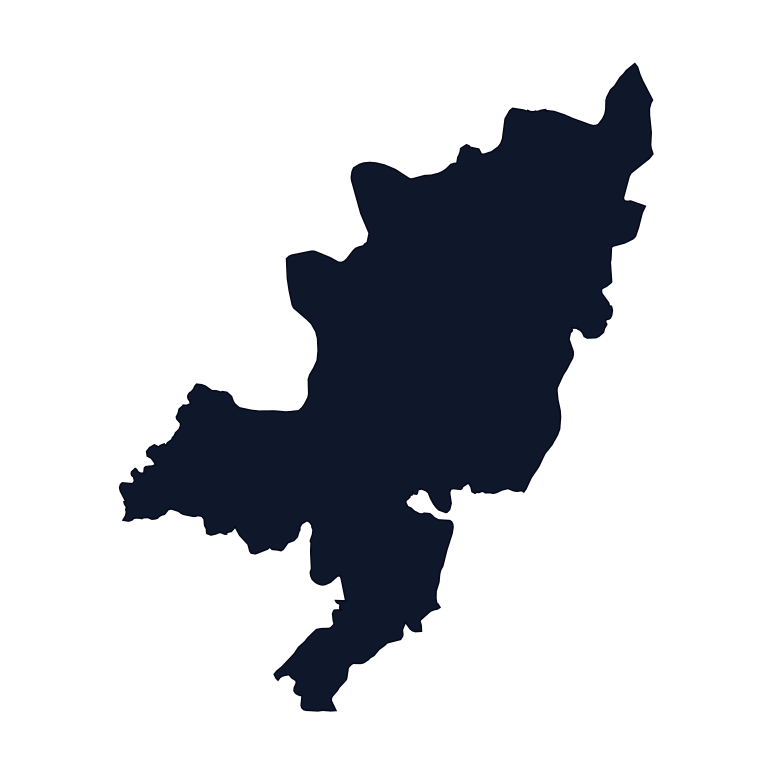 Oubritenga, Oubritenga, Burkina Faso (Albers equal-area conic projection), rotated 92°
{"feature_id": "67063806B42476727458569", "entity_name": "Oubritenga", "entity_type": "district", "adm_level": 2, "iso_a3": "BFA", "parent_name": "Burkina Faso", "parent_adm1": "Oubritenga", "projection": "albers", "projection_center": [-1.222, 12.597], "detail": "fine", "context": "isolated", "style": "filled", "palette": "ink", "viewbox_px": 768, "rotation_deg": 92, "n_neighbors": 0, "source": "geoboundaries", "source_scale": "gbopen_adm2", "svg_char_len": 6156}
<svg xmlns="http://www.w3.org/2000/svg" viewBox="0 0 768 768"><g transform="rotate(92 384 384)"><path d="M529.2,640.1L529.9,634.9L529.5,632.9L528.5,630.9L527.0,629.4L526.5,627.0L526.6,622.3L527.0,621.5L526.0,619.7L525.7,615.2L527.2,611.3L526.8,608.0L526.0,605.7L524.1,604.0L522.6,601.3L521.9,598.8L516.9,595.1L516.3,592.0L518.4,584.7L520.3,582.2L521.3,579.6L522.9,570.0L522.8,567.8L522.0,565.6L522.3,562.5L522.9,561.1L525.2,559.1L531.7,558.3L535.1,556.4L539.5,556.0L541.0,551.7L539.7,546.9L538.3,543.9L538.1,541.9L539.6,538.0L539.5,536.0L537.8,535.8L536.7,531.4L532.1,527.7L540.1,523.1L549.0,514.3L555.6,512.3L557.7,510.8L558.2,506.5L553.0,494.5L550.9,492.4L553.2,490.1L553.5,484.7L554.2,481.1L552.8,479.0L546.0,474.5L543.6,468.7L539.9,465.3L534.0,463.8L533.3,463.1L529.8,463.0L526.5,461.2L523.3,456.2L524.5,453.7L527.4,451.3L530.0,450.9L532.1,449.8L536.7,450.2L543.4,452.2L545.4,451.3L554.0,451.4L571.0,450.0L574.9,451.1L578.6,450.4L581.9,448.8L584.7,445.5L586.2,442.4L587.0,439.0L586.6,436.0L584.0,430.6L577.6,423.9L577.3,422.4L577.7,420.9L579.8,420.0L602.1,414.7L602.1,424.9L603.6,424.1L604.6,422.9L605.7,420.1L609.5,420.5L611.2,418.9L611.7,425.7L612.7,426.5L615.4,427.4L622.3,426.4L625.7,425.4L629.3,428.5L630.2,430.4L630.7,438.2L631.7,442.9L640.3,451.2L644.3,454.1L650.2,460.3L656.1,463.8L658.2,465.5L670.1,476.0L674.7,481.2L678.0,483.6L681.7,481.7L683.7,479.6L681.0,477.7L679.7,476.0L678.6,473.1L677.8,468.7L681.0,465.9L683.3,461.8L685.7,461.1L690.8,463.1L693.9,463.2L695.7,462.0L697.2,459.8L698.1,457.4L698.4,455.0L707.8,455.6L710.4,454.9L712.3,452.8L712.8,450.0L713.0,438.6L712.2,433.8L712.5,425.8L712.0,420.6L702.7,425.5L700.0,425.7L697.9,424.8L692.1,420.1L688.7,418.2L681.6,412.0L680.0,411.1L669.4,409.9L667.9,409.3L665.7,407.2L664.2,405.2L664.1,397.9L663.6,395.5L662.8,393.9L660.2,390.3L658.0,388.2L655.5,384.4L649.5,379.8L645.2,374.3L642.6,371.9L638.7,358.5L635.6,356.7L633.4,356.4L629.2,357.1L621.4,354.3L627.8,349.3L629.6,347.0L630.4,344.0L629.8,337.9L624.0,338.4L619.6,339.7L618.6,339.3L609.5,329.8L607.7,325.8L607.1,322.9L605.3,320.2L602.0,322.4L602.0,323.4L596.7,324.6L589.3,324.7L580.0,322.2L572.3,321.8L568.2,321.0L563.9,318.9L547.5,315.4L530.8,310.7L524.6,310.0L521.8,310.4L519.5,311.5L518.2,313.5L517.9,325.0L515.5,329.7L514.1,330.8L512.0,333.6L511.7,339.3L512.7,341.6L512.4,344.1L510.0,349.3L507.0,352.7L505.8,356.0L502.0,358.0L500.6,358.2L498.7,357.5L498.7,356.6L496.0,354.1L494.3,354.2L493.9,352.1L491.3,351.4L492.7,350.4L493.0,347.6L491.9,346.8L488.6,346.4L487.6,342.9L489.0,338.6L491.2,335.8L496.6,333.5L502.2,330.2L505.3,327.7L507.9,324.9L510.3,317.6L509.9,316.5L507.2,314.0L500.9,312.7L491.3,314.5L489.8,314.6L486.8,313.5L486.1,311.5L486.6,303.6L485.8,302.5L483.8,301.7L480.0,296.1L483.8,293.5L488.5,292.3L490.1,289.2L489.0,288.0L489.1,285.2L487.8,282.4L488.1,280.7L489.2,278.9L488.9,274.5L489.4,271.0L488.7,268.2L485.6,262.0L484.1,256.5L486.1,250.9L486.6,247.5L485.8,243.1L486.2,241.7L487.1,240.6L483.8,238.4L472.6,233.7L461.1,226.5L447.9,220.8L438.6,213.9L428.6,208.8L422.8,206.9L410.9,206.4L404.3,207.1L393.7,209.7L384.9,210.9L381.8,210.9L368.3,205.2L363.1,202.1L351.2,196.4L348.3,195.9L344.8,196.1L332.8,200.7L326.4,199.6L324.2,197.6L321.5,198.3L321.5,193.2L322.4,192.2L323.3,189.9L325.9,187.3L329.5,185.6L331.0,182.6L330.3,173.6L328.8,170.9L324.7,166.5L320.6,165.5L316.6,163.4L314.1,164.8L312.0,164.3L311.1,161.2L310.3,160.1L307.1,158.8L302.3,158.3L298.4,159.4L297.9,161.5L295.1,162.3L286.0,169.4L283.7,170.0L281.2,169.7L278.3,164.6L274.7,160.5L273.8,160.1L254.4,162.1L251.5,161.6L239.9,161.5L238.9,160.9L238.1,159.7L234.7,148.6L232.0,143.4L230.0,139.9L227.5,137.8L218.9,135.2L203.8,131.9L197.2,129.0L192.5,143.9L193.0,146.8L192.7,149.5L192.0,150.4L189.8,151.3L167.8,146.2L164.4,144.4L149.3,126.7L144.7,123.3L139.0,125.3L135.7,125.9L123.4,125.7L105.9,128.1L99.5,128.4L93.6,127.0L90.9,125.5L71.9,136.2L65.7,139.1L58.6,141.6L55.0,144.5L62.2,152.7L66.2,155.6L69.4,158.7L78.0,163.8L82.1,167.8L89.6,171.3L92.8,172.0L101.9,171.9L106.3,172.6L111.2,174.6L117.2,178.9L118.2,181.3L118.5,184.0L117.9,186.9L112.2,204.6L108.9,212.8L105.7,223.6L105.1,231.9L104.1,232.0L104.9,236.2L106.4,240.5L106.0,242.2L106.6,243.5L106.7,246.9L105.6,249.9L106.5,249.9L105.3,254.3L104.0,265.1L106.5,267.9L114.7,272.2L134.8,274.1L139.7,275.7L143.0,278.0L148.1,284.4L150.8,291.8L151.0,294.6L145.9,297.5L144.4,306.2L143.1,307.1L142.0,309.9L146.0,315.6L149.1,315.9L152.9,317.1L154.7,318.1L160.9,318.9L161.2,322.1L161.8,322.9L162.0,324.6L166.9,329.2L169.7,332.9L171.7,337.1L173.8,344.4L174.3,350.6L178.2,363.5L178.0,365.6L169.2,380.4L165.1,391.3L163.4,399.9L163.1,406.0L163.9,412.1L165.5,416.4L169.1,421.9L172.9,423.3L178.5,423.9L181.8,423.4L214.4,413.1L233.8,404.1L243.1,405.7L244.6,407.9L246.7,409.5L248.0,413.9L249.5,417.2L252.1,419.6L260.2,425.4L262.7,427.9L264.0,430.7L263.9,433.9L259.7,442.1L254.3,456.6L253.7,458.9L253.9,461.7L258.4,480.5L259.6,483.2L262.2,485.8L282.2,484.2L293.9,482.0L308.0,478.5L311.1,476.9L321.8,463.5L326.2,458.7L334.1,453.9L340.6,452.0L352.9,451.0L362.9,451.6L370.6,454.8L377.4,458.5L382.0,459.8L396.5,458.9L400.2,459.5L407.0,462.7L410.7,465.2L413.7,468.3L414.9,476.4L415.4,481.4L414.8,492.4L415.5,508.2L414.9,516.1L412.8,527.7L411.2,529.9L408.9,532.6L406.3,534.2L401.7,536.0L397.8,540.7L397.2,545.5L397.9,546.5L396.7,551.1L396.7,555.1L396.2,556.6L392.3,562.5L391.1,566.2L390.7,571.4L393.3,573.2L395.6,574.0L398.8,576.6L399.1,577.5L400.6,578.8L402.0,579.5L403.7,579.7L405.6,579.2L407.7,577.6L410.6,576.8L412.3,580.7L412.1,584.0L412.9,584.3L416.2,587.9L420.4,588.7L424.2,590.4L426.3,589.8L430.3,586.0L432.7,585.9L436.3,587.1L440.1,590.7L443.0,591.8L445.1,593.6L447.0,594.1L450.3,598.4L452.5,599.5L453.1,600.5L451.5,601.5L453.3,605.6L454.8,606.9L452.8,611.4L455.7,616.0L459.7,618.9L464.3,618.1L466.3,613.9L471.0,610.4L472.8,609.9L474.0,612.6L474.9,619.3L476.3,620.5L481.2,620.9L481.6,622.1L481.6,624.6L480.2,626.9L477.9,628.4L477.1,629.7L480.6,633.2L482.5,633.5L484.2,632.9L485.7,631.0L489.4,630.0L491.9,631.3L492.4,632.4L491.9,642.1L493.6,643.8L496.7,644.7L500.3,643.7L510.3,638.1L510.7,639.8L513.2,639.0L516.2,637.0L518.4,637.7L521.0,637.0L524.6,637.6L529.2,640.1Z" fill="#0f172a" stroke="#020617" stroke-width="1.5"/></g></svg>